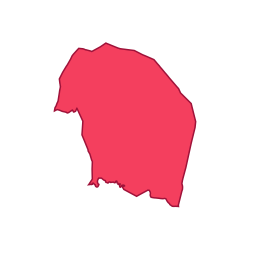 the district of Juchitán, Guerrero, Mexico, rotated 41°
{"feature_id": "50627088B83816556516", "entity_name": "Juchitán", "entity_type": "district", "adm_level": 2, "iso_a3": "MEX", "parent_name": "Mexico", "parent_adm1": "Guerrero", "projection": "robinson", "projection_center": [-98.669, 16.586], "detail": "fine", "context": "isolated", "style": "filled", "palette": "rose", "viewbox_px": 256, "rotation_deg": 41, "n_neighbors": 0, "source": "geoboundaries", "source_scale": "gbopen_adm2", "svg_char_len": 4146}
<svg xmlns="http://www.w3.org/2000/svg" viewBox="0 0 256 256"><g transform="rotate(41 128 128)"><path d="M130.9,63.8L126.1,63.1L124.0,62.7L122.1,62.4L120.9,62.2L119.9,62.1L118.7,61.9L116.3,61.5L115.8,61.4L113.7,61.1L112.7,61.0L111.8,60.8L110.9,60.6L110.2,60.5L108.7,60.3L107.7,60.2L106.7,60.0L102.7,59.4L94.7,61.9L90.8,63.2L81.9,65.4L70.7,72.9L69.5,73.6L69.4,73.6L67.8,74.3L64.6,75.4L60.8,76.7L59.3,77.2L56.4,78.2L55.6,78.4L54.9,81.0L53.9,84.8L50.5,94.0L50.1,94.1L48.3,94.9L45.1,96.5L44.5,96.9L43.1,97.3L42.0,97.8L38.6,100.2L38.5,102.8L38.4,108.3L38.5,110.2L39.5,113.7L40.8,120.2L41.0,122.1L42.2,128.9L44.0,136.0L46.1,137.9L47.6,139.2L48.5,139.9L49.4,140.8L49.6,140.8L50.0,141.3L50.6,142.3L52.0,144.8L53.2,146.6L54.7,149.0L56.7,152.2L57.5,153.5L57.8,154.3L58.2,155.8L58.9,157.7L59.1,157.9L59.6,160.5L61.0,163.0L61.3,163.4L61.6,162.6L62.1,161.3L62.4,160.8L62.7,160.4L63.4,160.1L64.4,159.6L65.8,159.1L66.8,158.8L67.8,158.4L69.6,157.4L71.0,156.7L71.3,156.6L72.0,156.6L72.3,156.5L72.6,156.1L72.9,155.6L73.1,155.3L73.3,154.5L73.5,153.7L73.7,152.9L74.0,152.1L74.1,151.3L74.2,151.0L74.4,150.9L74.5,150.9L74.7,151.0L74.9,151.1L75.5,151.3L75.8,151.4L76.3,151.6L76.5,151.6L76.7,151.4L77.0,150.8L77.4,149.8L77.4,149.5L77.3,149.2L77.0,148.3L76.7,147.3L76.5,147.0L76.5,146.7L76.9,146.8L89.5,152.5L97.8,163.4L103.8,166.4L112.1,170.6L113.0,171.5L116.4,172.7L121.2,175.8L123.2,176.8L127.8,182.5L134.6,190.0L135.5,196.4L135.5,196.6L135.9,196.2L136.1,195.9L136.3,195.6L136.8,195.2L137.3,194.7L137.7,194.5L137.8,194.3L137.9,194.1L138.0,193.9L137.9,193.8L137.7,193.6L137.6,193.4L137.5,193.2L137.6,192.8L137.8,192.6L138.0,192.4L138.4,192.4L138.6,192.4L138.9,192.4L139.1,192.5L139.3,192.6L139.6,192.7L139.8,192.7L140.1,192.5L140.4,192.4L140.6,192.4L140.7,192.5L140.8,192.6L141.0,192.7L141.3,192.9L141.5,193.1L141.8,193.2L142.7,193.2L143.0,193.1L143.4,192.8L143.6,192.4L143.7,192.1L143.7,191.7L143.5,191.1L143.3,190.4L143.3,190.0L143.2,189.8L143.0,189.7L142.8,189.6L142.3,189.8L141.9,189.7L140.6,189.0L140.1,188.5L139.5,187.6L139.2,187.0L139.1,186.4L138.9,185.9L138.8,185.4L138.8,185.1L138.9,184.9L139.3,184.6L139.7,184.2L140.0,184.0L140.2,183.7L140.5,183.5L140.7,183.4L140.8,183.3L141.0,183.2L141.8,183.2L142.9,183.2L144.3,183.1L144.8,182.9L145.0,182.7L145.5,182.6L145.8,182.8L146.4,183.2L146.6,183.4L146.9,183.4L147.1,183.4L147.3,183.4L147.6,183.2L147.9,183.0L148.3,182.9L148.6,182.9L148.8,182.8L149.0,182.6L149.1,182.3L149.1,181.9L149.1,181.3L149.2,181.1L149.3,181.1L149.6,180.8L149.8,180.7L150.0,180.6L150.2,180.4L150.5,180.5L150.7,180.4L150.9,180.2L151.1,179.9L151.3,179.6L151.7,179.2L152.0,178.9L152.3,178.7L152.5,178.4L152.8,178.3L152.9,178.2L153.5,178.3L154.1,177.8L154.2,177.4L154.2,177.2L153.9,176.8L153.8,176.3L153.9,175.8L154.0,175.7L154.4,175.5L154.6,175.5L155.0,175.9L155.3,176.2L155.6,176.4L155.8,176.6L156.0,176.5L156.3,176.4L156.5,176.3L156.9,176.4L156.9,176.6L157.1,176.8L157.3,177.0L157.5,177.0L158.0,176.8L158.2,176.4L158.2,176.2L158.4,175.6L158.5,175.5L158.6,175.4L158.8,175.4L158.9,175.5L159.0,175.7L159.1,176.0L159.1,176.4L159.2,176.6L159.4,176.9L159.8,177.2L160.0,177.5L160.3,177.8L160.6,177.8L160.8,177.8L161.0,177.8L161.1,177.6L161.2,177.1L161.3,176.5L161.0,175.4L161.1,175.2L161.5,174.6L161.9,174.2L162.3,173.9L162.7,173.9L163.1,173.8L163.3,173.9L163.4,174.0L163.3,174.3L163.2,174.4L162.9,174.7L162.8,174.8L162.6,175.2L162.6,175.6L162.7,176.1L162.9,176.4L163.1,176.5L163.5,176.6L164.2,176.6L164.4,176.7L164.6,176.8L164.8,177.0L165.1,177.1L179.3,173.9L180.7,170.0L183.8,161.8L185.0,161.1L186.8,161.8L187.8,162.6L188.7,164.0L189.5,164.6L190.5,165.1L191.5,164.8L193.6,163.5L194.9,162.5L196.2,161.6L197.6,160.6L198.5,160.1L200.7,158.5L202.0,157.0L203.1,156.6L205.4,157.5L207.2,157.9L208.6,157.9L209.1,158.0L210.0,158.3L210.8,158.2L212.0,158.1L212.8,158.0L213.3,157.6L214.0,157.1L214.7,156.4L215.1,156.0L216.4,155.0L217.1,154.4L217.6,154.1L217.0,153.5L216.7,153.4L210.1,140.4L209.3,138.5L207.9,136.7L206.9,135.8L205.1,134.6L204.0,132.7L203.5,131.9L202.5,130.0L197.6,119.9L191.7,109.1L185.6,97.9L178.3,83.7L174.9,78.8L167.3,73.5L159.6,68.1L144.7,67.1L140.3,65.1L137.7,64.8L130.9,63.8Z" fill="#f43f5e" stroke="#9f1239" stroke-width="1.5"/></g></svg>